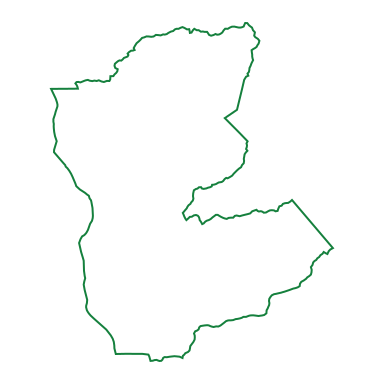 outline of Parambu, Ceará, Brazil
{"feature_id": "56859067B29011141793469", "entity_name": "Parambu", "entity_type": "district", "adm_level": 2, "iso_a3": "BRA", "parent_name": "Brazil", "parent_adm1": "Ceará", "projection": "orthographic", "projection_center": [-40.595, -6.298], "detail": "fine", "context": "isolated", "style": "outline", "palette": "green", "viewbox_px": 384, "rotation_deg": 0, "n_neighbors": 0, "source": "geoboundaries", "source_scale": "gbopen_adm2", "svg_char_len": 5241}
<svg xmlns="http://www.w3.org/2000/svg" viewBox="0 0 384 384"><path d="M87.2,299.9L86.9,303.1L86.2,305.6L86.1,307.2L86.9,310.3L87.8,311.9L88.9,313.5L90.6,315.5L93.8,318.5L106.3,329.6L110.8,335.4L112.7,338.7L113.8,341.9L114.3,345.5L114.4,348.3L115.8,354.0L126.1,353.8L142.6,353.9L148.4,354.6L149.3,356.5L150.5,360.9L152.9,360.7L154.5,360.1L156.6,359.9L158.0,360.5L159.5,361.0L161.3,360.8L162.4,359.7L163.2,357.9L164.5,357.1L166.9,357.2L169.8,356.7L174.4,356.2L176.7,356.4L179.6,356.7L182.5,358.0L182.9,355.8L184.3,354.6L185.3,353.2L188.0,352.0L189.5,350.5L189.9,348.7L190.3,346.1L191.7,344.2L193.3,342.1L194.6,339.6L194.8,337.3L194.7,335.4L194.0,333.5L195.2,331.3L197.0,330.6L198.6,329.4L199.2,327.4L200.5,326.1L202.2,325.8L204.8,325.4L207.2,325.2L208.8,325.4L210.3,326.1L211.8,326.6L213.6,327.0L216.1,326.4L218.4,326.5L220.5,325.5L223.9,322.9L226.1,321.1L228.2,320.4L231.1,320.3L233.1,320.1L235.7,319.1L237.5,318.9L239.9,318.4L241.8,317.8L243.3,316.9L246.0,316.9L249.1,315.7L250.7,315.4L253.1,315.3L255.7,315.6L258.6,316.0L260.4,315.7L262.0,315.5L264.2,315.0L266.4,313.3L266.6,310.3L267.7,308.4L268.4,306.6L269.1,305.2L269.4,303.1L269.0,301.0L269.3,298.8L270.5,296.9L271.8,295.3L274.0,294.2L276.2,293.8L278.3,293.3L281.0,292.7L282.6,292.2L284.4,291.7L286.2,291.1L288.6,290.3L290.3,289.7L293.2,288.6L295.5,288.1L297.8,287.3L299.7,286.1L300.0,283.7L301.3,281.8L303.7,280.5L306.2,278.7L307.2,277.4L309.2,276.1L310.9,274.6L311.5,272.3L311.7,269.8L310.9,267.1L312.5,265.0L313.2,262.4L314.5,261.0L316.3,259.9L317.3,258.3L319.2,257.0L320.4,255.2L322.5,253.8L323.7,252.0L325.7,253.2L327.4,254.0L328.7,251.2L330.3,249.5L332.9,248.1L292.0,200.0L290.5,201.4L288.2,202.9L286.6,203.0L284.9,203.2L282.9,203.9L281.6,205.7L279.4,206.3L278.3,208.7L277.6,210.9L275.5,211.3L274.0,210.4L271.8,210.2L269.9,210.4L268.2,211.2L266.0,212.5L263.8,212.7L262.4,211.7L260.9,211.2L258.9,211.5L257.5,210.9L256.5,209.8L254.7,210.4L252.2,211.3L250.2,213.4L247.7,214.1L244.8,214.8L242.4,215.4L239.7,216.2L236.6,215.5L234.8,215.9L233.2,217.7L230.5,217.7L228.6,217.9L226.8,218.9L224.9,218.5L223.2,217.9L221.1,216.9L219.2,215.8L217.8,214.9L215.8,214.9L214.4,216.0L212.5,217.4L210.6,219.1L208.7,220.1L207.0,220.6L205.3,221.6L203.7,223.4L202.2,224.1L200.9,221.7L199.7,220.1L199.4,218.5L198.8,216.9L197.8,215.7L196.0,215.0L193.8,215.4L191.9,216.7L189.8,216.9L188.2,218.5L186.4,220.1L185.4,218.7L184.3,216.5L183.5,214.4L182.8,212.9L183.8,211.8L185.1,210.2L186.7,208.4L187.5,206.7L188.6,205.2L190.4,203.9L191.1,202.5L192.8,200.6L193.4,198.7L193.0,196.1L193.2,193.4L193.9,190.3L195.9,189.0L197.5,188.6L198.9,187.3L201.1,187.2L201.9,188.5L203.6,188.9L206.4,188.4L208.0,187.7L210.1,187.2L211.7,186.4L212.1,184.8L213.7,184.7L215.9,184.1L218.6,182.5L221.7,182.0L223.2,181.0L224.7,179.0L226.2,177.9L227.6,178.3L229.1,177.5L230.5,176.7L232.2,175.6L233.7,173.7L235.1,172.3L236.9,170.5L238.9,168.7L241.1,167.2L242.0,165.1L243.7,163.3L244.1,160.9L243.8,158.9L244.2,156.8L244.6,154.3L245.8,152.5L247.4,150.8L246.1,149.0L246.8,147.0L247.0,145.2L246.5,143.4L247.6,141.3L239.5,132.9L224.8,118.1L237.0,109.8L242.1,88.8L244.2,79.8L246.1,76.7L248.3,75.7L247.5,73.6L248.8,72.1L249.3,70.2L249.5,68.0L250.6,65.8L251.4,63.5L252.3,61.7L253.1,60.1L252.6,58.6L252.2,56.5L252.2,54.6L251.9,52.7L251.6,50.2L253.3,49.0L255.0,48.1L256.6,46.9L257.4,45.3L258.6,43.6L259.4,40.8L258.0,39.0L256.6,38.0L255.3,37.2L254.2,35.7L254.9,32.3L253.0,30.2L252.0,27.6L250.1,26.2L248.9,25.2L247.3,23.1L245.2,23.0L244.3,24.9L243.7,26.5L241.8,27.3L240.1,27.6L238.4,27.5L236.1,27.0L234.3,26.6L231.9,26.7L229.8,27.6L227.8,28.8L225.2,28.7L223.6,30.4L222.3,32.5L220.5,33.8L219.0,34.5L217.1,34.7L215.5,34.0L213.6,35.0L211.1,35.7L209.1,34.9L208.1,33.3L207.1,31.9L204.6,31.9L202.9,31.5L200.9,31.7L198.7,30.2L196.7,30.2L194.3,28.8L193.0,30.1L191.5,32.6L189.9,32.9L189.6,31.0L189.2,29.2L187.0,29.4L184.4,27.9L182.5,27.1L180.5,27.8L178.6,28.8L176.5,28.8L174.9,29.4L173.2,31.0L170.9,31.6L168.4,32.9L166.7,34.1L164.7,34.6L163.1,34.4L160.7,35.4L158.3,35.1L155.9,34.9L153.6,36.5L151.2,36.8L148.9,36.5L146.5,36.4L144.1,37.4L142.1,37.9L140.6,39.6L139.1,41.1L136.6,43.2L135.0,45.7L133.7,48.1L134.6,50.0L132.9,50.6L131.1,50.7L128.9,52.2L127.6,53.6L128.4,55.0L127.6,56.5L125.9,57.2L124.0,57.9L122.6,59.5L121.3,60.6L119.5,60.4L118.1,61.1L116.6,62.3L114.9,63.8L114.5,65.8L115.3,68.0L117.7,69.2L117.3,71.3L116.2,72.9L114.5,74.4L113.4,76.1L110.4,76.2L110.2,79.5L109.4,81.0L106.9,80.9L103.9,82.0L101.6,81.5L98.8,80.3L96.7,81.0L94.4,80.6L92.3,81.1L89.7,80.7L87.9,79.9L85.8,80.3L84.1,80.9L82.7,81.5L80.4,82.4L78.2,81.9L76.5,82.1L75.4,83.4L76.6,85.0L77.4,86.7L77.9,88.7L75.1,88.7L64.3,88.8L61.2,88.8L51.1,88.9L55.7,98.6L57.0,102.4L57.5,104.8L57.4,106.5L55.6,111.9L55.0,114.3L53.4,119.1L53.4,121.8L53.8,123.9L53.7,126.2L53.8,128.2L54.2,132.0L55.0,136.1L56.7,141.2L54.1,149.8L54.0,152.2L63.4,163.1L65.2,165.1L65.7,166.6L67.4,168.2L69.3,170.8L71.1,173.8L72.7,177.2L75.4,183.6L76.3,186.2L79.9,189.5L85.0,192.8L87.4,194.8L88.8,195.7L89.6,198.4L91.0,200.3L91.4,202.0L92.5,208.0L92.9,215.8L92.7,218.1L92.0,220.8L90.1,223.8L88.0,229.8L87.0,231.7L86.0,233.3L84.3,235.1L82.1,236.4L80.5,239.2L79.1,243.0L81.1,251.9L83.0,258.2L83.7,260.7L84.0,270.8L84.7,276.0L85.2,278.2L84.3,281.4L83.7,284.6L84.7,290.1L87.2,299.9Z" fill="none" stroke="#15803d" stroke-width="2"/></svg>